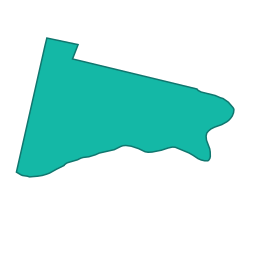 Switzerland, Indiana, United States of America, rotated 13°
{"feature_id": "52423323B76202305495147", "entity_name": "Switzerland", "entity_type": "district", "adm_level": 2, "iso_a3": "USA", "parent_name": "United States of America", "parent_adm1": "Indiana", "projection": "robinson", "projection_center": [-84.951, 38.809], "detail": "fine", "context": "isolated", "style": "filled", "palette": "teal", "viewbox_px": 256, "rotation_deg": 13, "n_neighbors": 0, "source": "geoboundaries", "source_scale": "gbopen_adm2", "svg_char_len": 1013}
<svg xmlns="http://www.w3.org/2000/svg" viewBox="0 0 256 256"><g transform="rotate(13 128 128)"><path d="M28.6,67.1L29.2,196.1L34.5,197.8L36.0,198.0L40.8,197.6L43.0,197.8L50.8,195.3L55.2,193.5L59.1,191.3L61.8,189.5L67.4,184.4L74.2,178.8L74.2,178.3L75.9,176.2L77.1,175.3L86.0,170.3L88.8,168.0L90.9,166.8L96.4,164.8L102.3,161.4L105.6,158.9L113.9,154.9L119.5,152.2L125.1,147.6L127.0,146.4L129.8,145.5L135.2,145.0L142.9,145.7L150.0,147.3L153.1,147.1L156.9,146.0L165.4,142.2L171.7,138.4L175.5,136.6L178.3,136.1L193.1,138.6L197.4,139.9L203.2,142.1L206.5,142.7L210.0,142.7L213.2,142.0L214.0,141.0L214.6,139.2L214.6,137.2L213.5,132.9L212.3,129.9L207.2,122.2L205.9,118.3L205.9,115.2L207.1,112.8L209.0,110.3L212.0,107.8L218.6,103.6L222.7,99.9L223.1,99.5L224.4,97.9L225.7,95.7L226.9,92.8L227.4,89.4L227.1,86.4L226.6,85.4L225.7,84.5L220.0,80.3L214.0,77.9L211.0,77.7L205.6,76.7L191.2,76.5L187.9,75.6L186.8,74.9L186.5,74.5L58.4,73.2L60.6,58.0L28.7,58.6L28.6,67.1Z" fill="#14b8a6" stroke="#0f766e" stroke-width="1.5"/></g></svg>